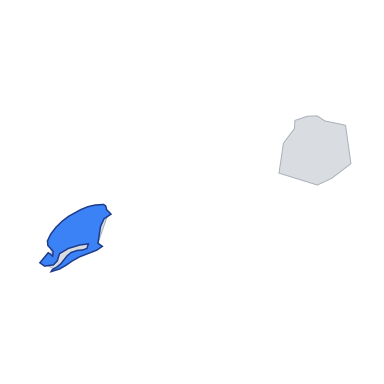 Barbuda on a map of Antigua and Barbuda (Equal Earth projection), rotated 251°
{"feature_id": "ATG-5091", "entity_name": "Barbuda", "entity_type": "Dependency", "adm_level": 1, "iso_a3": "ATG", "parent_name": "Antigua and Barbuda", "parent_adm1": "", "projection": "equal_earth", "projection_center": [-61.817, 17.637], "detail": "fine", "context": "in_parent", "style": "filled", "palette": "blue", "viewbox_px": 384, "rotation_deg": 251, "n_neighbors": 0, "source": "natural_earth", "source_scale": "10m", "svg_char_len": 989}
<svg xmlns="http://www.w3.org/2000/svg" viewBox="0 0 384 384"><g transform="rotate(251 192 192)"><path d="M216.0,340.7L205.1,358.9L167.1,351.5L159.5,328.7L157.8,312.7L181.5,280.4L208.3,294.3L218.7,309.6L226.2,312.6L226.1,325.7L223.2,335.2L216.0,340.7ZM205.4,94.8L200.3,106.8L172.5,85.1L164.1,44.4L164.9,35.8L169.6,31.3L180.7,39.2L195.3,42.1L204.5,55.4L205.4,94.8Z" fill="#d9dde1" stroke="#a8b0b8" stroke-width="1"/><path d="M174.2,86.4L169.8,89.5L168.0,82.9L167.3,64.3L165.7,55.9L163.7,48.9L162.3,41.8L162.6,32.9L163.9,34.4L164.4,35.9L164.9,39.4L167.0,44.9L172.4,53.3L174.2,58.1L174.1,64.5L172.8,69.9L172.8,74.2L176.7,77.1L178.4,68.6L178.9,56.9L176.8,46.6L170.7,42.2L168.2,37.2L169.9,28.5L174.6,25.1L181.4,36.3L179.1,38.0L176.7,39.4L181.2,41.4L188.3,38.3L192.8,39.4L198.2,44.7L203.0,52.0L206.7,59.9L209.2,67.4L211.6,81.1L212.0,88.7L211.3,95.8L209.0,104.4L206.7,105.9L203.2,105.5L197.4,108.2L195.3,100.1L189.2,94.3L174.2,86.4Z" fill="#3b82f6" stroke="#1e3a8a" stroke-width="1.5"/></g></svg>